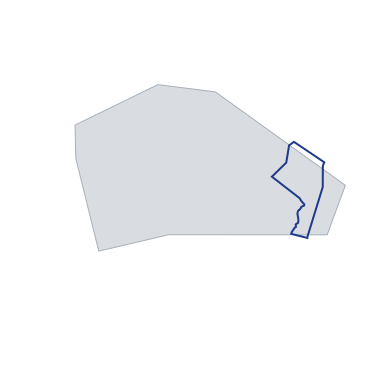 Saint Peter on a map of Barbados (Robinson projection), rotated 127°
{"feature_id": "BRB-1997", "entity_name": "Saint Peter", "entity_type": "Parish", "adm_level": 1, "iso_a3": "BRB", "parent_name": "Barbados", "parent_adm1": "", "projection": "robinson", "projection_center": [-59.597, 13.271], "detail": "fine", "context": "in_parent", "style": "outline", "palette": "blue", "viewbox_px": 384, "rotation_deg": 127, "n_neighbors": 0, "source": "natural_earth", "source_scale": "10m", "svg_char_len": 874}
<svg xmlns="http://www.w3.org/2000/svg" viewBox="0 0 384 384"><g transform="rotate(127 192 192)"><path d="M235.1,305.0L208.9,325.7L126.8,283.9L98.0,233.5L94.4,73.5L144.9,58.3L240.0,184.8L295.3,230.9L235.1,305.0Z" fill="#d9dde1" stroke="#a8b0b8" stroke-width="1"/><path d="M159.3,72.2L165.7,87.6L164.1,88.2L158.8,88.5L157.5,88.1L157.4,88.0L157.2,88.0L155.7,89.5L155.2,89.6L154.7,89.5L154.4,89.3L154.1,89.2L153.6,89.1L153.2,88.8L151.8,89.2L149.8,90.6L145.8,94.8L143.7,95.8L142.3,95.9L141.8,95.5L141.4,95.4L141.2,95.4L140.9,95.5L140.6,95.5L139.9,95.4L139.5,95.4L139.1,95.6L138.6,95.7L138.2,95.7L137.4,95.4L136.8,95.2L136.2,94.8L135.9,94.5L135.7,94.4L135.4,94.3L135.2,94.4L134.8,94.6L134.3,94.8L133.4,99.4L132.2,102.1L131.7,137.4L111.8,134.4L96.4,142.5L90.6,140.8L88.7,104.2L92.3,103.3L109.3,90.6L158.5,72.8L159.3,72.2Z" fill="none" stroke="#1e3a8a" stroke-width="2"/></g></svg>